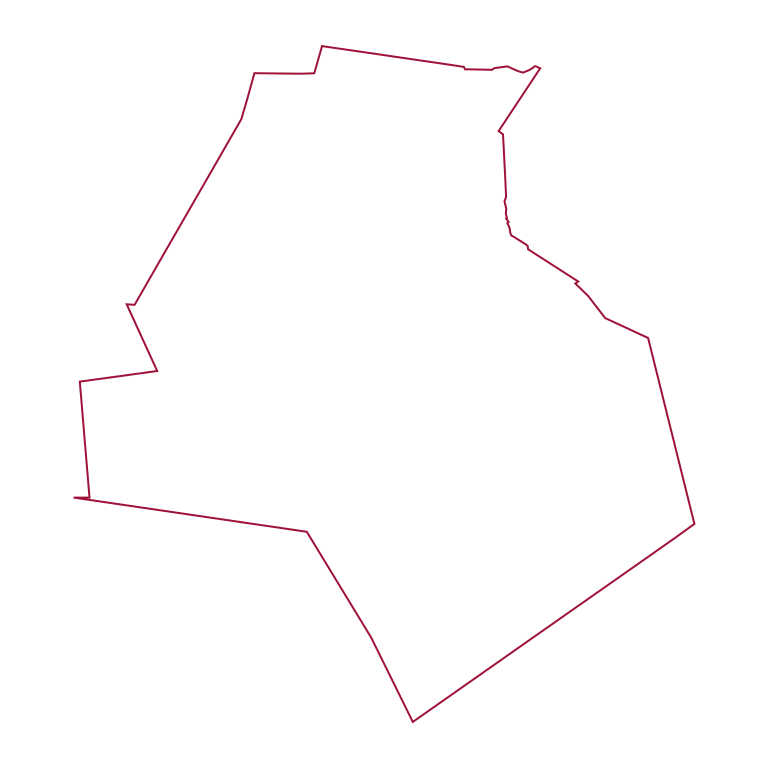 Sacramento, Coahuila, Mexico
{"feature_id": "50627088B55806016099759", "entity_name": "Sacramento", "entity_type": "district", "adm_level": 2, "iso_a3": "MEX", "parent_name": "Mexico", "parent_adm1": "Coahuila", "projection": "orthographic", "projection_center": [-101.737, 26.936], "detail": "fine", "context": "isolated", "style": "outline", "palette": "rose", "viewbox_px": 768, "rotation_deg": 0, "n_neighbors": 0, "source": "geoboundaries", "source_scale": "gbopen_adm2", "svg_char_len": 972}
<svg xmlns="http://www.w3.org/2000/svg" viewBox="0 0 768 768"><path d="M694.4,523.9L648.1,338.0L605.2,318.1L592.4,301.5L588.2,296.0L575.3,283.5L578.2,281.5L528.1,249.3L527.7,246.1L526.4,244.8L512.9,236.3L512.2,236.0L511.5,235.7L510.4,233.3L509.5,227.7L507.4,223.0L508.6,221.9L506.2,218.5L507.0,218.0L505.8,213.9L506.3,208.9L504.5,201.4L506.1,196.8L505.6,186.1L505.5,184.3L505.4,181.0L503.0,134.3L498.6,131.1L540.2,68.3L535.6,66.2L534.7,66.3L532.9,67.8L529.2,70.1L523.0,72.6L519.5,71.6L516.5,70.5L512.1,68.5L509.6,67.4L507.6,66.4L505.0,66.7L494.2,68.2L492.0,69.8L467.6,69.3L465.0,69.3L463.9,66.9L456.1,65.7L405.6,58.3L328.2,47.0L322.0,46.1L321.5,48.0L314.5,72.5L314.3,72.9L314.2,73.3L300.7,73.7L254.4,73.2L247.4,98.5L241.3,119.2L205.8,181.0L161.7,257.6L134.6,304.8L126.7,304.3L157.2,371.0L79.8,381.6L89.5,497.6L73.6,497.6L306.8,531.8L371.2,637.6L412.8,721.9L467.1,683.8L538.2,633.9L640.9,561.9L674.6,538.2L694.4,523.9Z" fill="none" stroke="#9f1239" stroke-width="2"/></svg>